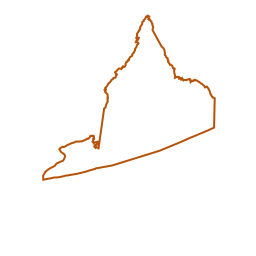 outline of Pemba, Southern, Zambia, rotated 43°
{"feature_id": "96606910B89551378676560", "entity_name": "Pemba", "entity_type": "district", "adm_level": 2, "iso_a3": "ZMB", "parent_name": "Zambia", "parent_adm1": "Southern", "projection": "equal_earth", "projection_center": [27.31, -16.765], "detail": "fine", "context": "isolated", "style": "outline", "palette": "amber", "viewbox_px": 256, "rotation_deg": 43, "n_neighbors": 0, "source": "geoboundaries", "source_scale": "gbopen_adm2", "svg_char_len": 5420}
<svg xmlns="http://www.w3.org/2000/svg" viewBox="0 0 256 256"><g transform="rotate(43 128 128)"><path d="M101.4,223.6L103.7,220.2L106.2,217.0L107.3,215.1L110.4,211.9L111.4,210.6L113.5,207.6L114.8,205.4L116.5,203.5L117.1,202.6L122.1,196.1L126.4,189.5L130.7,182.1L131.9,180.3L132.0,179.5L141.9,166.3L166.6,123.1L176.3,101.9L179.3,94.7L187.8,76.0L190.7,69.0L171.1,47.1L170.1,47.5L169.5,47.9L168.7,47.6L167.9,47.8L167.2,47.5L166.6,47.1L166.0,47.2L165.5,47.1L164.9,46.6L164.4,46.4L163.9,46.0L163.2,45.9L162.5,45.3L161.1,44.7L160.8,44.8L160.2,44.4L159.8,44.3L158.8,44.2L157.6,43.9L157.3,44.2L156.9,45.4L156.6,45.8L155.3,45.2L151.9,45.3L150.8,45.7L148.9,45.7L148.3,46.0L146.3,46.2L145.8,46.4L145.5,46.5L145.2,46.9L144.8,46.9L144.6,47.3L144.2,47.2L143.8,47.3L143.8,47.6L143.6,48.3L143.7,49.0L143.6,49.4L143.0,49.6L142.3,49.7L142.3,50.4L142.5,50.7L142.5,51.2L142.5,51.7L141.8,51.1L140.4,50.6L139.9,50.0L139.7,50.1L139.2,50.7L138.1,53.1L137.7,53.1L137.5,53.6L135.9,54.9L135.9,55.2L135.7,55.1L135.4,55.3L135.3,55.1L135.1,55.2L134.8,54.9L134.2,54.9L133.9,55.4L133.7,55.2L133.7,55.3L133.6,55.2L133.3,55.3L133.2,55.1L133.0,55.5L132.8,56.0L132.7,55.9L132.8,55.7L132.5,55.7L132.5,55.8L132.6,56.0L132.3,55.9L132.0,56.2L131.8,56.3L131.7,56.7L131.5,56.8L131.6,56.7L131.5,56.9L131.4,56.8L131.4,57.1L131.2,57.1L131.2,57.3L131.1,57.1L131.2,56.9L130.8,56.6L130.2,56.3L129.8,56.3L128.8,57.6L128.7,58.1L128.4,58.5L128.3,59.0L128.1,59.3L127.8,58.9L127.5,58.2L127.3,57.9L124.5,56.3L122.1,54.1L121.8,53.7L122.1,53.4L121.6,52.7L121.3,52.8L120.6,53.5L120.3,53.6L119.0,52.9L117.8,52.4L116.4,52.4L116.0,52.6L115.5,53.2L114.0,52.5L112.8,52.5L112.2,52.1L112.0,51.7L111.9,51.8L111.5,51.7L111.2,51.3L110.2,50.8L110.1,50.4L109.4,50.0L108.7,50.2L107.8,50.2L106.3,49.5L105.4,49.5L105.0,49.3L104.4,48.8L104.2,48.2L100.9,45.8L99.8,45.5L98.2,45.4L97.3,45.6L97.0,45.5L79.6,39.8L78.8,39.3L78.2,38.3L77.9,37.5L77.5,36.8L75.4,36.1L75.0,35.2L74.4,35.1L73.9,35.1L72.6,34.2L72.3,34.4L71.6,34.3L70.8,33.9L70.0,33.9L69.7,34.1L69.6,34.4L69.3,34.3L69.2,34.0L68.8,34.3L68.7,33.9L68.5,33.5L68.3,33.6L68.1,33.4L67.5,33.3L67.2,33.4L67.3,33.1L67.3,32.9L67.2,33.0L67.1,32.6L66.9,32.7L67.0,32.9L66.5,32.7L66.4,32.4L66.2,32.6L66.0,32.4L65.8,32.4L65.6,33.4L65.3,34.0L65.6,35.3L66.0,35.9L66.0,36.1L66.1,37.2L65.9,38.4L66.2,38.9L66.6,39.2L66.4,39.7L66.2,40.6L66.6,41.4L67.1,41.8L67.5,42.3L67.8,44.0L67.8,44.8L67.9,45.3L68.7,46.7L69.3,47.1L69.5,47.5L69.6,48.7L69.5,49.1L69.6,49.5L69.9,49.8L69.9,50.1L69.8,50.3L70.1,51.0L70.0,51.3L70.3,52.8L71.1,54.1L71.3,54.2L71.6,54.1L73.0,55.5L73.0,55.8L72.5,56.1L72.4,56.2L72.5,56.4L72.8,56.6L73.6,56.5L73.8,56.9L74.2,56.8L74.4,56.1L74.2,55.4L74.2,55.0L74.4,54.8L74.5,55.0L75.0,56.2L75.1,57.3L74.7,58.6L74.9,59.3L75.2,60.0L75.4,59.9L76.2,59.0L76.7,58.9L77.1,58.7L78.0,58.9L78.1,59.4L78.0,61.1L78.2,61.5L78.6,62.2L78.9,63.0L79.2,65.3L80.3,66.6L80.4,67.8L80.9,68.8L81.0,69.0L80.8,69.5L80.7,70.8L80.9,71.3L81.5,71.6L81.8,72.7L81.7,73.0L81.2,74.4L81.2,75.3L81.4,75.6L81.5,76.5L81.9,77.0L82.3,77.4L82.4,77.9L82.3,78.1L81.7,78.1L81.7,78.4L81.9,79.7L82.3,79.9L82.3,80.0L82.2,80.5L81.9,80.7L81.8,80.9L82.4,82.6L82.5,82.8L83.3,83.5L83.8,85.0L83.6,85.9L83.4,86.3L82.4,86.2L82.2,86.4L82.2,86.8L82.4,87.9L82.7,88.1L82.9,88.4L82.9,88.8L82.9,89.4L82.4,89.6L81.3,90.2L80.8,90.8L80.7,91.2L80.7,93.6L80.8,94.6L80.4,95.7L80.7,96.2L81.5,96.3L82.2,96.8L82.4,96.8L82.8,96.3L83.5,96.6L83.4,97.7L84.5,99.6L84.4,99.9L84.2,100.0L83.2,101.5L83.6,102.5L83.6,102.8L83.1,104.0L83.2,104.6L83.5,105.3L83.5,106.2L83.6,107.4L83.3,108.3L83.3,108.9L83.6,109.2L83.7,110.2L83.8,111.0L84.2,112.1L84.0,113.3L84.1,113.6L84.4,113.8L84.4,114.1L84.1,114.4L84.2,114.6L84.7,114.7L85.0,114.9L85.0,115.3L85.2,115.8L85.0,116.2L85.8,116.5L86.0,116.5L86.1,116.2L86.3,116.7L86.4,116.8L86.7,116.6L86.9,116.8L86.9,117.2L87.1,117.2L87.6,117.3L88.2,117.2L89.7,117.5L90.1,117.4L90.7,118.0L91.3,118.3L91.5,118.7L92.0,119.0L92.1,119.5L92.5,119.7L92.9,119.8L93.1,120.6L93.6,120.9L93.7,121.4L94.0,121.6L94.8,122.1L95.2,122.6L95.2,123.1L95.5,123.7L95.8,125.0L96.1,125.4L96.2,126.0L96.6,126.8L96.8,127.0L97.3,128.1L97.6,128.6L97.2,129.9L120.9,163.8L119.6,162.5L119.4,162.5L118.1,163.9L117.9,164.7L117.7,164.7L117.5,163.9L117.3,163.9L117.1,164.0L116.9,164.5L116.2,164.7L115.9,164.4L116.0,164.0L116.6,163.6L116.7,163.3L116.4,163.0L116.1,163.4L115.7,163.5L115.7,163.0L115.5,162.8L115.9,162.4L116.5,162.4L116.7,162.0L116.6,161.8L116.3,161.9L116.2,161.8L116.5,160.8L116.4,160.7L116.1,160.8L115.9,160.7L116.3,159.9L115.6,159.3L115.7,158.9L115.7,158.5L115.5,158.4L115.3,158.7L115.1,158.7L114.2,160.6L113.8,160.7L113.6,160.8L113.4,162.0L113.3,162.4L113.0,162.1L112.4,162.2L112.0,162.0L111.5,162.3L111.4,162.3L111.2,161.5L111.0,160.4L110.9,160.3L110.7,160.4L110.5,160.2L110.7,159.3L110.6,159.0L110.4,158.7L110.2,158.7L110.0,159.1L109.7,159.2L109.4,158.1L109.2,157.7L108.7,157.4L108.3,157.4L108.1,157.2L107.8,157.3L107.6,157.9L107.3,157.9L106.9,158.3L106.7,158.9L105.9,159.4L105.9,159.7L106.4,161.0L106.2,162.1L106.3,162.8L106.2,163.2L105.7,163.2L105.6,163.3L105.3,164.5L104.9,165.1L104.9,165.7L104.8,166.3L104.0,167.5L103.5,169.1L103.2,169.5L102.5,169.9L101.1,171.8L100.4,172.2L99.1,173.5L98.8,174.2L98.6,175.0L98.4,175.6L97.1,177.4L96.7,178.7L96.1,179.9L95.4,181.7L94.4,185.0L93.7,186.0L93.0,186.4L92.2,188.8L92.2,190.3L95.1,191.2L99.4,190.7L101.0,191.3L102.3,193.8L102.8,196.0L100.1,202.4L100.0,203.6L100.3,205.7L98.2,211.4L97.4,216.6L98.5,220.8L101.4,223.6Z" fill="none" stroke="#b45309" stroke-width="2"/></g></svg>